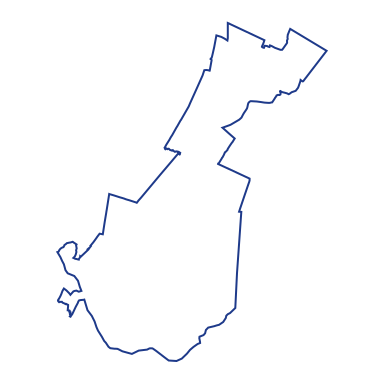 the district of Ramnicu Sarat, Buzau, Romania
{"feature_id": "2599482B97788702400166", "entity_name": "Ramnicu Sarat", "entity_type": "district", "adm_level": 2, "iso_a3": "ROU", "parent_name": "Romania", "parent_adm1": "Buzau", "projection": "orthographic", "projection_center": [27.083, 45.416], "detail": "fine", "context": "isolated", "style": "outline", "palette": "blue", "viewbox_px": 384, "rotation_deg": 0, "n_neighbors": 0, "source": "geoboundaries", "source_scale": "gbopen_adm2", "svg_char_len": 5633}
<svg xmlns="http://www.w3.org/2000/svg" viewBox="0 0 384 384"><path d="M200.1,343.0L200.0,341.7L199.3,338.2L199.5,336.7L203.5,335.1L205.1,333.3L205.9,330.0L208.2,327.6L214.2,326.2L216.7,325.4L219.1,324.8L223.2,322.0L225.8,318.0L226.3,315.7L227.8,314.2L230.0,313.1L235.3,308.0L237.0,273.2L241.3,211.9L239.1,211.7L240.1,208.6L244.7,195.0L247.8,185.9L249.3,181.6L249.5,180.8L249.6,180.3L249.6,179.3L249.6,178.6L249.4,178.5L217.3,163.6L218.3,163.7L218.7,163.4L221.8,158.4L222.0,157.9L222.6,157.2L224.0,154.6L224.4,153.5L224.7,152.9L224.9,152.7L224.9,152.4L225.0,152.3L225.2,152.1L225.6,151.9L226.2,151.3L226.5,151.0L227.0,150.4L227.5,149.9L227.6,149.6L227.6,149.4L227.7,149.1L228.1,148.4L229.9,145.6L231.4,143.4L232.3,142.2L232.7,141.8L233.0,141.2L234.7,138.5L229.1,133.6L222.5,127.7L223.1,127.5L229.2,125.3L230.5,124.8L234.6,122.4L239.2,119.7L241.4,117.7L241.6,117.4L242.4,115.8L243.7,113.4L245.6,110.6L246.9,108.6L247.1,108.1L247.3,107.4L247.5,106.6L248.0,104.1L248.2,103.6L248.3,103.2L248.7,102.6L249.0,102.3L249.4,101.9L249.8,101.6L250.3,101.3L250.5,101.2L251.8,101.2L256.8,101.5L260.6,102.0L263.8,102.5L264.4,102.6L268.8,102.9L269.4,102.9L270.1,102.8L271.2,102.5L271.5,102.4L272.1,102.4L272.5,101.9L274.9,98.2L275.0,97.9L276.0,96.6L276.6,95.4L277.0,95.3L277.4,95.2L277.6,95.0L277.9,94.9L278.3,94.9L278.8,95.0L279.1,95.0L279.6,95.0L279.9,94.8L280.4,94.5L280.5,94.1L280.6,93.4L280.5,92.9L280.2,92.0L280.0,91.4L280.1,91.1L280.5,91.0L281.0,91.5L281.5,91.8L282.2,92.1L282.6,92.2L285.0,92.8L287.1,93.4L288.1,93.9L288.6,94.2L288.9,94.1L289.7,93.7L291.0,92.7L291.7,92.2L292.0,92.1L295.2,91.0L295.7,90.8L297.9,88.0L298.2,87.4L298.6,86.4L300.3,81.4L300.5,80.6L300.6,80.0L302.2,81.2L302.6,81.4L302.8,81.4L303.1,81.3L303.4,81.0L305.2,78.6L306.4,77.1L307.3,75.9L326.6,50.8L290.2,28.9L289.0,31.7L287.7,35.0L287.7,35.8L287.5,36.9L287.5,37.6L287.7,38.9L287.5,39.5L287.1,40.2L287.0,40.7L287.1,42.6L286.9,43.2L282.7,49.1L282.1,49.8L280.4,49.8L274.9,47.8L271.8,46.1L270.0,45.4L269.5,47.0L268.0,46.6L267.5,46.2L267.1,46.1L266.1,45.9L264.7,45.8L264.0,47.8L263.9,47.8L263.1,47.6L262.3,47.1L261.9,46.8L261.9,46.7L262.5,45.2L263.0,44.3L263.2,43.7L263.7,42.4L264.4,40.2L227.8,23.0L227.8,25.3L227.8,31.4L227.8,33.0L227.8,35.2L227.8,38.1L227.4,40.5L224.7,38.7L221.3,36.9L216.4,35.4L214.2,47.1L212.8,53.3L212.0,56.7L211.9,57.0L211.7,57.7L211.4,58.1L211.1,58.4L210.7,58.6L210.6,58.9L210.6,59.1L211.0,59.2L211.2,59.3L211.4,59.4L211.5,59.7L211.6,60.3L209.9,69.7L209.7,70.7L209.4,70.7L208.8,70.4L208.3,70.2L207.1,70.1L206.2,70.0L204.3,70.2L202.6,75.4L197.1,87.7L190.1,103.2L188.7,106.5L181.0,119.9L180.5,120.5L177.3,126.2L176.4,127.6L172.2,135.1L170.7,137.4L169.4,139.8L166.2,144.9L164.8,147.5L164.6,147.7L164.7,148.0L165.1,149.0L165.3,149.2L165.8,148.7L166.1,148.5L166.4,148.4L166.8,148.6L167.0,148.8L167.1,149.1L167.3,149.2L167.6,149.1L168.0,148.9L168.6,148.7L168.9,148.8L169.2,149.2L169.7,149.6L170.0,149.9L170.3,150.1L170.5,150.1L171.1,150.2L171.8,150.6L172.2,150.7L172.3,150.6L172.5,150.3L172.5,150.2L172.8,150.1L173.2,150.6L173.9,151.1L174.6,151.7L174.9,151.8L175.4,151.7L175.7,151.5L176.0,151.4L176.4,151.5L176.8,151.4L177.1,151.5L177.3,151.5L177.6,151.8L177.7,152.0L177.8,152.2L178.0,152.3L178.2,152.2L178.5,151.8L178.8,151.9L178.9,152.0L179.3,152.3L180.2,152.8L180.1,153.2L179.9,153.8L179.9,154.2L179.8,154.4L179.7,154.5L179.3,154.3L178.4,153.3L168.5,165.0L160.5,174.4L144.7,193.3L141.1,197.6L138.5,200.5L136.8,202.8L136.7,202.8L136.1,202.5L135.9,202.4L129.1,200.2L127.3,199.7L125.4,199.1L124.5,198.7L122.3,198.0L119.8,197.3L113.9,195.4L110.5,194.4L109.7,194.2L109.2,194.0L107.6,204.2L106.7,209.9L106.4,211.6L106.2,213.0L104.7,222.0L103.1,232.4L102.8,234.3L101.3,234.0L99.6,233.7L97.3,236.7L96.5,237.9L95.0,240.0L93.3,242.3L90.5,245.7L90.9,246.1L88.9,248.7L88.6,248.4L87.6,249.3L88.1,249.8L80.8,256.7L80.2,256.2L80.1,256.8L80.1,257.4L79.9,257.6L78.9,258.9L78.8,259.6L78.2,259.5L76.5,259.0L75.2,258.8L74.2,258.3L73.4,257.9L74.8,256.5L75.7,254.6L76.4,252.0L76.1,250.3L76.7,248.2L76.5,247.6L76.1,245.3L76.2,245.2L76.3,244.9L76.3,244.7L76.5,244.4L74.7,243.2L74.2,242.9L72.7,241.8L70.7,242.4L69.8,242.6L69.4,242.6L67.7,243.0L67.1,243.1L66.8,243.2L66.6,243.4L66.2,243.8L65.4,244.4L64.9,244.7L64.6,244.9L64.4,245.1L64.3,245.3L64.3,245.6L64.1,246.0L63.7,246.7L63.5,247.1L63.4,247.2L62.8,247.3L61.6,247.9L61.3,248.1L60.5,248.7L60.1,249.1L59.2,250.3L59.1,250.6L58.9,250.9L58.7,251.5L58.3,251.8L57.4,252.1L60.4,257.1L62.1,260.9L63.9,264.3L65.5,270.2L67.7,273.3L74.3,276.0L78.0,280.8L79.8,286.8L81.4,290.9L78.8,291.7L77.2,291.0L76.4,290.6L74.8,290.9L74.1,291.1L73.4,291.4L70.4,294.8L70.2,294.5L69.1,293.1L68.5,292.5L66.8,290.8L66.5,290.5L63.9,288.5L63.1,289.8L62.9,290.2L62.4,291.1L61.3,294.1L60.5,295.9L59.4,298.0L58.6,299.2L58.2,299.9L58.4,300.1L58.1,300.4L58.0,300.7L58.2,301.2L58.9,302.0L59.1,302.2L60.2,301.9L61.9,301.8L62.6,302.7L64.1,303.3L65.2,303.9L65.9,304.2L66.1,303.9L68.1,304.9L68.1,306.1L67.7,310.3L69.2,310.5L69.2,311.3L69.8,311.3L69.7,312.5L70.4,312.5L70.1,313.7L70.0,314.3L71.0,314.5L70.3,315.8L69.9,316.4L70.5,316.7L71.9,314.4L72.0,314.5L72.3,314.1L72.4,313.8L73.1,312.4L75.7,306.9L77.8,303.0L78.2,301.8L78.7,300.9L79.0,300.6L79.1,300.4L79.4,300.3L80.1,300.2L80.9,300.0L81.3,300.0L83.5,299.8L84.3,299.6L87.5,310.2L91.8,315.9L94.6,321.5L96.5,327.2L98.0,330.6L101.9,336.8L104.2,341.0L105.8,342.7L108.5,346.8L110.3,348.2L114.3,348.7L117.2,348.8L118.3,349.2L122.4,351.3L127.8,352.8L131.9,353.9L138.7,350.6L147.1,349.6L149.5,348.4L150.9,348.3L152.5,348.4L153.3,348.9L156.0,350.8L160.3,354.1L164.2,357.1L168.7,360.5L176.5,361.0L181.8,358.6L187.0,353.6L190.0,349.9L193.5,346.9L197.6,344.0L200.1,343.0Z" fill="none" stroke="#1e3a8a" stroke-width="2"/></svg>